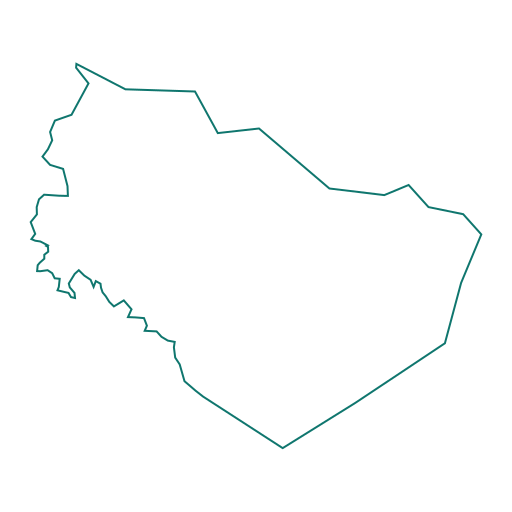 outline of Prodromos, Limassol, Cyprus
{"feature_id": "46923920B98027274142327", "entity_name": "Prodromos", "entity_type": "district", "adm_level": 2, "iso_a3": "CYP", "parent_name": "Cyprus", "parent_adm1": "Limassol", "projection": "natural_earth1", "projection_center": [32.829, 34.941], "detail": "fine", "context": "isolated", "style": "outline", "palette": "teal", "viewbox_px": 512, "rotation_deg": 0, "n_neighbors": 0, "source": "geoboundaries", "source_scale": "gbopen_adm2", "svg_char_len": 1220}
<svg xmlns="http://www.w3.org/2000/svg" viewBox="0 0 512 512"><path d="M408.6,185.0L384.3,195.1L329.4,188.5L259.0,128.5L223.1,132.5L217.8,133.1L214.8,127.6L195.0,91.5L125.4,89.3L76.4,63.9L76.1,67.7L88.5,83.4L71.5,114.8L64.3,117.3L54.9,120.6L50.1,132.0L52.2,140.3L47.9,149.3L42.5,156.6L50.1,164.9L63.1,168.9L67.5,186.1L67.9,195.9L66.2,195.9L58.8,195.7L44.1,194.7L39.0,199.3L36.7,207.1L36.9,214.4L30.7,222.1L35.2,233.9L31.4,239.1L35.2,240.7L40.4,241.5L47.7,245.3L46.4,246.0L48.0,246.9L48.2,251.7L44.3,254.7L44.3,258.7L39.8,262.7L37.7,265.2L37.1,271.1L40.3,271.2L47.6,270.2L52.2,273.2L54.7,278.3L59.7,278.8L58.8,287.0L57.5,290.3L64.5,292.0L68.5,292.9L71.0,297.1L75.0,298.0L74.5,292.9L69.8,287.4L68.8,283.5L74.7,273.9L78.8,270.2L84.3,275.6L90.6,279.8L93.6,286.9L95.8,281.1L100.5,283.7L101.0,287.7L102.6,292.4L105.8,296.3L109.3,301.9L113.9,306.4L123.8,300.4L131.5,309.3L128.0,317.1L135.4,317.4L144.0,318.1L146.9,325.7L144.7,330.8L156.6,331.4L161.5,336.8L167.8,340.6L174.7,341.9L173.9,347.3L175.2,357.6L179.7,364.4L184.5,381.2L195.7,390.8L203.1,396.6L282.2,447.8L282.7,448.1L355.6,402.7L442.9,344.6L444.9,343.3L461.1,282.9L481.3,234.4L463.2,214.2L428.5,207.1L408.6,185.0Z" fill="none" stroke="#0f766e" stroke-width="2"/></svg>